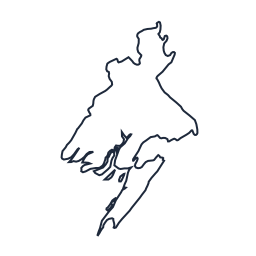 the border of Bangladesh, rotated 43°
{"feature_id": "BGD", "entity_name": "Bangladesh", "entity_type": "country or territory", "adm_level": 0, "iso_a3": "BGD", "parent_name": "Asia", "parent_adm1": "", "projection": "equal_earth", "projection_center": [90.497, 23.681], "detail": "fine", "context": "isolated", "style": "outline", "palette": "slate", "viewbox_px": 256, "rotation_deg": 43, "n_neighbors": 0, "source": "natural_earth", "source_scale": "50m", "svg_char_len": 4567}
<svg xmlns="http://www.w3.org/2000/svg" viewBox="0 0 256 256"><g transform="rotate(43 128 128)"><path d="M94.9,182.0L95.0,178.8L94.8,175.7L92.9,167.6L91.6,163.4L91.7,162.1L91.6,161.5L91.1,156.1L90.2,152.9L89.8,149.4L91.8,144.4L91.0,143.5L88.8,142.9L86.6,142.0L86.1,140.7L87.1,135.8L86.0,133.9L84.4,131.9L83.9,131.1L83.4,130.1L82.7,127.6L84.1,122.4L86.1,116.4L86.5,114.1L86.8,110.1L87.0,108.6L86.8,107.1L84.7,105.3L81.0,104.6L78.5,103.2L77.0,101.0L75.7,100.1L74.1,100.7L72.1,99.9L70.4,97.7L69.0,95.0L69.2,93.8L69.6,92.1L72.3,85.3L73.3,85.1L75.6,86.4L76.4,86.4L78.0,83.7L80.1,75.9L83.1,76.0L85.8,76.2L87.5,76.6L89.3,76.4L91.2,75.7L92.2,74.8L92.7,73.5L92.5,72.5L90.3,71.0L89.4,69.9L88.8,66.8L88.1,65.7L83.7,65.5L81.4,64.1L80.1,62.8L77.9,58.6L75.1,55.5L72.4,54.8L71.4,53.8L70.8,52.2L71.2,49.8L72.0,47.7L72.6,45.4L74.7,42.3L77.2,39.6L78.4,37.8L80.0,35.8L80.2,34.8L79.9,33.6L78.6,32.4L77.7,32.0L77.6,31.3L78.2,29.3L79.4,29.0L82.0,30.8L84.5,33.8L86.0,36.4L86.1,38.5L87.1,38.8L88.1,38.9L89.8,39.8L91.5,39.5L92.6,40.0L93.4,39.9L93.6,38.7L92.8,36.9L92.2,35.7L92.9,34.4L93.7,34.2L94.6,34.5L95.8,35.6L96.7,37.9L96.8,41.5L98.8,44.8L101.4,47.1L103.4,48.2L105.9,48.9L108.0,48.2L109.1,45.9L108.6,43.9L108.9,42.1L109.8,41.1L111.1,41.1L112.1,42.6L114.9,50.4L114.3,53.8L114.9,63.3L114.2,69.6L114.3,70.9L114.7,72.0L115.1,72.4L116.0,72.4L119.5,73.6L122.4,74.9L125.7,76.1L130.5,77.0L133.5,76.7L135.0,76.6L137.9,76.9L145.8,76.4L152.2,76.3L154.9,77.2L157.0,77.5L164.2,76.9L171.5,76.6L175.4,78.6L179.7,81.8L182.2,84.3L182.6,85.6L182.4,86.8L181.5,87.5L180.1,87.5L176.7,85.9L176.1,86.4L176.1,89.6L176.0,90.2L175.3,93.1L173.3,99.6L172.9,102.5L172.5,103.3L172.0,103.7L170.4,103.8L169.1,104.3L168.6,105.4L167.8,107.6L167.2,109.8L166.4,110.5L164.5,109.3L163.4,109.5L161.9,110.0L160.4,111.3L159.4,112.8L158.3,113.4L154.9,113.1L154.2,113.3L153.8,114.4L153.4,115.8L150.8,119.2L149.8,124.6L149.0,128.1L149.1,130.8L151.4,137.9L153.0,147.2L153.6,148.1L154.1,148.4L154.3,148.2L154.3,146.3L154.4,144.0L155.1,143.4L156.1,143.9L157.0,145.9L158.0,149.6L159.1,151.1L160.8,151.5L162.7,150.6L164.1,148.9L164.7,147.1L164.3,143.6L164.2,140.9L165.1,138.4L168.4,134.6L168.9,133.5L168.6,130.2L168.6,127.2L169.9,127.0L171.6,127.5L173.7,126.0L174.3,126.0L175.2,127.6L176.7,127.3L177.9,133.9L179.0,139.7L179.0,142.4L179.2,148.4L179.8,153.2L180.6,154.3L181.6,156.9L182.5,159.9L183.2,161.6L183.7,167.1L184.2,171.0L185.1,183.5L185.4,185.9L185.6,187.2L185.7,198.7L186.0,203.6L186.8,207.6L187.0,209.1L186.2,210.4L185.4,210.6L184.6,208.7L182.9,207.2L180.3,205.6L179.2,204.5L177.9,204.9L176.1,207.4L175.4,209.6L175.7,212.7L176.3,215.8L177.6,217.6L177.7,219.6L178.2,222.1L178.8,224.4L179.2,226.9L178.7,227.0L177.2,223.8L175.8,220.3L172.2,213.7L171.0,201.9L170.9,196.1L168.4,189.2L166.8,179.8L166.1,177.3L167.0,174.3L167.1,173.1L166.6,173.4L165.4,174.9L163.8,171.2L162.7,167.8L158.5,160.8L157.3,157.7L157.2,154.7L155.4,157.7L153.0,159.9L150.5,163.1L148.8,164.0L143.5,164.6L140.5,160.3L136.1,149.9L135.5,147.5L136.1,141.4L135.0,135.6L135.1,132.5L134.7,130.5L134.0,130.9L133.7,132.3L133.8,134.5L133.5,136.3L129.7,135.9L126.2,135.1L129.3,138.2L132.7,138.9L134.4,141.6L134.6,143.8L134.5,146.2L132.8,147.9L131.2,148.9L131.5,151.2L133.4,154.0L131.1,154.8L130.5,156.7L130.4,159.3L131.6,161.6L132.0,163.3L131.8,164.9L132.9,166.6L134.5,170.2L135.1,172.7L134.4,176.3L133.4,177.7L131.9,179.0L128.4,183.5L126.6,188.7L125.2,191.1L123.3,191.5L122.6,190.4L121.1,189.1L121.0,186.6L121.5,184.6L124.6,179.8L122.9,180.4L121.0,181.8L118.1,184.4L117.1,181.2L116.5,178.2L116.5,174.6L118.9,169.1L116.2,171.8L115.5,175.2L115.8,179.2L115.4,182.1L114.4,185.8L113.0,188.0L110.7,189.4L109.7,191.6L108.1,193.2L108.1,190.0L107.6,185.7L106.0,175.7L105.6,177.8L106.4,184.1L106.4,188.1L105.1,191.4L102.6,194.8L100.7,195.3L99.5,194.8L97.8,192.6L95.9,189.6L95.6,184.7L94.9,182.0ZM139.2,182.1L134.7,183.3L132.5,182.9L136.7,173.9L136.6,169.9L135.9,166.6L133.7,163.9L133.6,162.0L132.7,159.4L132.2,156.4L134.6,155.5L136.5,157.2L136.8,158.1L137.2,160.6L138.2,163.2L141.5,168.5L141.5,171.7L140.6,179.7L139.2,182.1ZM148.8,179.1L146.1,181.6L147.0,167.3L149.0,172.6L149.5,175.4L148.8,179.1ZM159.2,172.0L158.0,173.0L156.9,172.1L155.5,168.8L156.2,164.6L156.6,164.0L157.3,165.3L158.3,168.3L159.0,170.5L159.2,172.0ZM169.4,202.2L167.8,202.3L167.1,201.3L167.4,199.9L167.0,195.2L168.3,194.7L169.0,194.8L169.4,196.1L169.7,198.7L169.4,202.2ZM167.4,191.0L166.5,193.8L166.0,191.7L166.4,189.1L166.8,187.7L167.1,187.7L167.6,189.2L167.4,191.0ZM135.7,152.0L136.2,153.5L134.7,152.6L133.7,151.6L133.0,150.3L134.1,149.6L135.7,152.0Z" fill="none" stroke="#1e293b" stroke-width="2"/></g></svg>